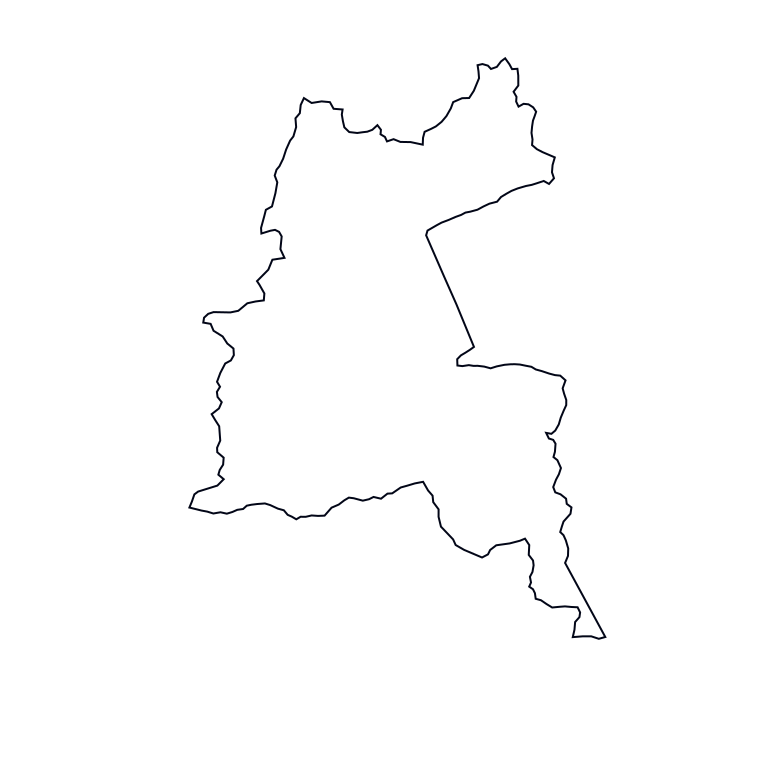 the district of Conceição, Paraíba, Brazil, rotated 347°
{"feature_id": "56859067B61487364475806", "entity_name": "Conceição", "entity_type": "district", "adm_level": 2, "iso_a3": "BRA", "parent_name": "Brazil", "parent_adm1": "Paraíba", "projection": "orthographic", "projection_center": [-38.514, -7.528], "detail": "fine", "context": "isolated", "style": "outline", "palette": "ink", "viewbox_px": 768, "rotation_deg": 347, "n_neighbors": 0, "source": "geoboundaries", "source_scale": "gbopen_adm2", "svg_char_len": 3828}
<svg xmlns="http://www.w3.org/2000/svg" viewBox="0 0 768 768"><g transform="rotate(347 384 384)"><path d="M166.6,460.6L173.3,464.0L177.6,466.2L183.1,468.6L188.6,471.8L195.8,472.2L201.7,475.0L207.5,474.6L212.7,473.6L218.6,474.1L222.9,471.7L227.5,471.8L233.3,472.4L241.1,473.6L245.9,476.4L252.6,481.6L258.0,484.5L260.7,489.8L264.3,492.5L268.1,496.1L272.9,494.6L277.9,495.8L283.9,495.8L290.1,497.7L296.5,498.9L305.1,492.7L312.8,491.3L319.2,488.4L324.2,486.8L328.8,488.5L337.1,492.9L343.5,492.9L348.4,491.7L355.3,495.1L362.7,491.6L367.4,492.4L377.0,488.6L383.7,488.3L391.6,487.8L400.1,488.1L403.0,497.7L406.2,503.7L405.4,510.2L409.0,518.4L407.3,525.7L407.4,535.8L416.4,551.0L417.6,557.0L424.8,563.7L440.5,575.1L447.0,573.4L450.1,569.6L457.1,566.4L470.6,567.6L481.2,567.3L486.6,566.4L489.3,573.6L486.6,583.1L489.5,589.5L489.0,594.3L486.4,600.5L482.8,604.7L482.6,610.5L479.9,614.1L483.0,617.5L484.0,621.8L483.5,627.4L488.3,630.0L492.9,635.0L497.6,639.6L505.1,640.6L510.3,641.4L516.7,643.5L522.4,645.1L523.7,650.7L522.0,655.1L516.7,658.9L514.3,666.3L511.0,673.1L521.1,674.6L529.2,676.5L536.0,680.6L542.7,680.3L520.2,599.1L524.6,592.9L526.5,585.7L526.0,577.3L524.9,571.7L522.4,567.9L525.3,562.8L528.0,558.4L536.5,552.4L538.9,546.4L535.1,541.9L535.6,536.7L531.2,531.2L526.5,528.1L525.7,522.5L530.1,515.9L534.1,511.3L537.5,505.7L535.8,497.2L532.7,493.3L535.3,488.5L537.7,480.8L536.3,476.5L532.4,474.2L531.0,468.1L535.9,470.2L540.4,467.9L545.2,462.7L548.7,456.5L553.3,450.1L556.8,445.6L558.0,440.6L557.3,433.9L557.1,428.4L561.7,421.3L557.6,415.5L552.6,413.8L547.3,411.0L540.6,406.9L535.2,404.0L531.5,400.4L526.5,398.2L520.8,395.6L515.8,394.1L511.4,393.2L505.7,392.4L497.8,392.2L491.4,392.7L485.6,389.6L479.5,387.4L475.1,386.4L470.9,384.7L464.4,384.2L459.7,382.5L460.9,376.3L465.4,373.4L470.1,371.9L475.2,370.1L480.0,368.1L472.5,322.8L466.8,293.2L458.5,248.6L460.9,244.3L466.4,242.6L471.3,241.1L476.4,239.7L483.8,238.7L491.4,237.3L497.2,236.6L501.9,235.3L506.7,235.5L514.3,235.2L520.8,233.4L527.3,232.0L535.2,231.8L540.1,228.1L546.2,226.1L551.7,224.5L558.3,223.5L566.9,223.0L572.7,223.2L577.9,222.8L585.3,222.1L589.8,226.2L595.9,221.8L595.3,215.5L597.5,208.6L601.4,201.6L595.8,197.5L590.6,193.7L585.8,189.6L582.0,184.5L583.7,179.2L584.2,172.5L586.3,166.2L588.4,160.9L590.9,157.1L593.5,152.9L591.6,148.0L587.7,144.0L583.0,142.4L577.5,144.0L576.3,138.5L577.7,134.0L576.0,128.4L582.0,123.4L584.2,113.7L584.9,106.9L579.6,106.0L578.1,100.6L575.3,93.9L570.6,96.0L565.3,100.4L559.1,101.1L556.9,97.2L551.9,94.4L546.9,94.4L546.4,100.6L545.4,107.4L537.5,118.5L531.3,124.5L524.4,123.1L514.8,124.9L511.1,130.5L505.1,137.0L499.1,141.5L492.5,144.7L487.3,146.0L480.3,147.4L477.4,152.9L475.6,159.5L464.4,154.3L454.4,151.8L448.4,147.6L441.5,148.3L440.5,143.5L436.8,139.9L438.2,135.6L435.8,130.3L429.8,133.7L424.5,134.4L420.0,133.9L414.4,133.4L406.8,130.7L403.1,125.0L403.1,118.7L403.5,112.0L405.4,107.2L396.8,104.5L394.7,97.2L386.8,94.6L376.7,93.9L370.3,87.4L365.6,93.4L362.9,101.2L357.5,105.2L356.2,113.9L351.4,122.4L347.3,125.7L341.4,133.5L336.4,141.8L331.1,148.3L327.5,151.0L324.4,156.3L325.4,163.5L321.1,173.7L314.8,185.8L308.1,187.7L305.0,193.7L299.3,204.3L298.4,209.8L307.8,209.1L312.5,209.3L316.0,212.2L317.5,217.2L313.4,229.3L315.4,238.7L311.0,238.4L303.2,237.8L297.0,246.6L283.4,255.2L285.0,259.4L287.8,268.9L285.7,275.5L277.4,274.7L269.0,274.6L258.5,279.9L250.4,279.7L234.1,275.6L228.5,276.1L223.6,278.9L221.7,283.5L228.6,286.4L229.9,293.8L237.5,301.4L240.4,309.3L245.3,315.6L244.2,322.1L240.1,326.6L233.9,328.3L227.0,336.4L221.8,344.3L223.6,349.8L219.4,354.1L218.9,359.2L221.8,365.2L217.7,370.7L209.3,374.6L211.5,381.4L213.9,388.1L211.7,402.3L207.0,408.6L206.2,413.0L211.2,419.7L209.1,426.4L204.6,430.8L202.2,435.1L206.4,440.7L198.8,445.5L178.7,447.0L174.4,448.9L170.4,455.3L166.6,460.6Z" fill="none" stroke="#020617" stroke-width="2"/></g></svg>